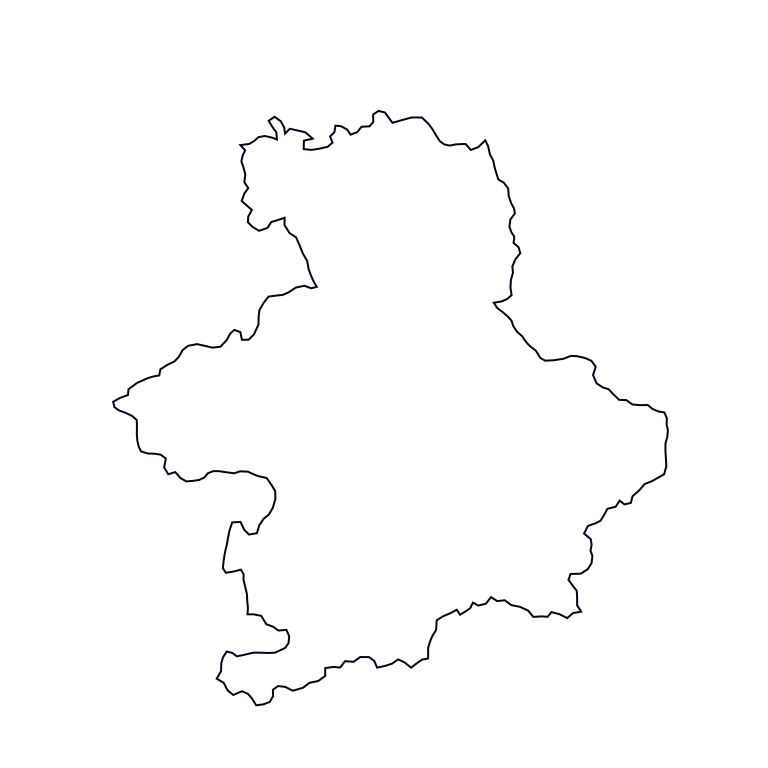 the district of Lavras, Minas Gerais, Brazil, rotated 257°
{"feature_id": "56859067B96133552143909", "entity_name": "Lavras", "entity_type": "district", "adm_level": 2, "iso_a3": "BRA", "parent_name": "Brazil", "parent_adm1": "Minas Gerais", "projection": "orthographic", "projection_center": [-45.035, -21.263], "detail": "fine", "context": "isolated", "style": "outline", "palette": "ink", "viewbox_px": 768, "rotation_deg": 257, "n_neighbors": 0, "source": "geoboundaries", "source_scale": "gbopen_adm2", "svg_char_len": 4483}
<svg xmlns="http://www.w3.org/2000/svg" viewBox="0 0 768 768"><g transform="rotate(257 384 384)"><path d="M268.6,648.1L275.3,650.3L280.6,650.2L287.1,651.9L293.2,650.8L295.4,645.4L299.3,640.0L304.2,636.3L305.8,628.6L308.2,621.4L313.8,616.5L315.7,609.5L322.9,604.9L328.5,601.6L331.4,596.5L336.8,591.3L345.8,589.7L353.1,594.2L360.0,591.3L364.2,585.5L367.4,579.0L369.4,572.6L368.2,564.7L369.0,554.4L370.5,546.2L374.2,542.2L382.4,539.4L387.8,534.9L393.1,531.8L399.4,529.4L405.0,525.4L411.0,523.1L417.2,522.4L422.1,519.7L427.7,515.5L432.6,511.4L438.5,509.3L438.0,516.9L439.1,523.1L441.9,528.3L449.3,528.9L456.4,530.9L463.5,534.7L469.7,535.5L476.0,540.2L480.8,546.2L487.0,545.9L492.3,542.0L498.1,544.1L503.5,542.2L509.1,541.6L515.8,544.1L520.7,549.9L525.9,550.2L531.5,548.6L539.2,547.8L546.6,549.0L553.3,546.0L557.6,541.4L565.2,540.8L571.2,540.5L577.2,540.7L583.7,538.9L592.4,538.9L598.7,537.5L593.6,529.2L592.5,521.3L599.6,517.4L601.3,508.0L601.5,501.8L603.8,496.7L608.1,493.0L614.9,490.6L621.7,488.4L627.4,485.9L635.1,480.9L637.5,470.9L637.1,460.5L636.6,451.0L648.4,445.9L651.3,440.1L649.0,434.0L641.7,432.5L638.3,427.8L639.7,420.0L635.4,414.5L634.5,407.5L640.2,405.3L644.8,400.2L646.7,394.8L640.5,392.3L637.4,387.2L630.7,388.1L627.8,382.5L627.8,374.3L628.4,366.1L630.9,358.6L639.1,360.7L639.1,369.8L647.0,363.9L651.0,355.7L653.9,349.7L650.2,343.9L656.2,344.5L663.2,342.5L669.0,337.5L666.4,330.8L659.2,333.2L653.6,335.7L646.3,334.7L649.4,330.1L652.5,323.5L652.7,317.1L650.0,312.2L648.2,306.7L649.1,297.8L642.9,301.3L638.6,297.8L633.0,295.1L626.8,295.8L619.4,296.0L612.0,293.3L605.4,295.8L601.1,290.9L594.4,286.5L588.1,290.9L583.3,294.5L577.7,289.4L572.3,287.8L566.8,291.1L561.4,296.7L562.3,305.5L567.2,310.6L567.6,317.3L568.3,324.6L561.2,322.8L552.3,325.9L546.7,331.3L538.2,332.9L529.3,334.3L521.4,336.8L512.6,336.4L507.0,337.1L499.6,338.5L493.8,340.4L493.6,334.6L497.6,328.6L497.8,319.8L494.7,311.5L493.6,305.4L494.5,298.1L495.1,291.1L489.9,284.7L483.9,279.2L478.1,277.1L470.1,275.0L461.6,268.5L457.6,262.1L459.0,255.5L466.9,255.7L470.4,250.3L467.6,245.4L462.2,240.6L457.1,233.0L458.0,225.0L461.3,218.4L464.9,210.8L465.3,201.9L462.4,195.5L456.5,190.0L453.1,184.8L451.4,177.2L448.6,169.4L442.9,166.9L443.2,161.2L442.9,155.3L440.6,143.5L436.3,133.8L430.9,132.1L429.8,123.6L427.6,116.1L422.1,116.1L417.9,119.8L414.2,125.5L409.6,131.3L404.5,135.0L398.0,133.7L390.9,131.9L384.1,130.9L378.1,130.9L373.0,132.1L369.4,138.3L367.7,144.7L365.4,150.5L360.5,154.7L352.3,151.0L344.6,153.5L345.1,160.8L338.2,164.5L333.6,169.4L332.6,176.0L332.1,182.2L333.3,187.9L336.7,192.4L337.5,198.2L336.2,203.6L333.5,210.4L330.7,218.0L331.3,224.0L329.3,231.4L323.0,239.9L318.8,248.5L311.2,251.6L304.1,253.9L296.7,252.4L288.5,247.9L282.6,242.4L279.7,236.3L274.3,230.6L267.2,226.6L267.7,218.6L273.4,215.0L281.9,213.1L283.3,205.0L276.0,200.5L269.2,197.4L263.2,194.9L257.8,192.2L252.5,189.8L247.0,187.7L240.7,185.5L235.6,187.5L235.1,195.6L235.3,202.8L230.2,204.4L224.8,203.1L218.1,203.1L210.6,203.2L203.0,201.9L196.2,201.0L190.3,199.2L188.9,205.2L185.7,212.2L176.4,215.3L172.4,221.4L167.5,225.7L166.4,233.6L159.6,234.9L153.0,232.7L149.1,228.4L147.9,222.9L146.7,217.1L148.2,209.7L150.1,202.7L151.6,196.2L151.6,185.6L151.7,179.4L156.1,175.7L158.7,170.6L154.1,165.8L148.7,162.7L140.8,160.6L134.5,154.7L128.9,160.6L120.6,162.7L114.9,167.2L116.6,176.5L112.7,181.7L107.1,184.7L99.7,187.2L99.0,194.6L99.9,201.2L104.8,205.7L111.1,207.0L113.5,212.9L111.1,219.6L105.7,226.1L106.2,236.7L109.6,244.1L109.4,253.1L112.7,261.0L120.4,262.8L119.7,271.1L117.6,277.5L122.7,283.6L120.2,291.9L123.3,299.5L121.3,307.9L116.5,312.2L109.2,313.5L109.1,321.9L109.7,329.0L112.5,335.9L108.2,341.3L101.5,346.6L104.3,352.7L106.9,359.1L106.6,365.2L117.1,367.7L122.7,370.9L127.4,374.3L132.7,379.5L141.9,382.2L144.3,388.9L145.8,397.2L147.7,404.1L142.1,406.2L143.8,411.4L146.1,417.5L151.0,421.5L146.9,426.0L147.0,433.9L152.3,440.3L147.0,445.5L146.1,453.0L139.9,458.3L136.4,466.2L130.8,473.5L123.5,477.1L122.1,485.3L120.4,491.1L124.1,495.8L120.3,503.1L114.7,509.8L118.3,516.8L117.8,524.9L124.9,522.4L132.3,524.1L139.1,525.3L144.4,522.8L151.8,519.7L156.9,523.1L154.9,533.1L157.8,541.0L162.9,546.0L169.7,548.4L175.1,547.7L180.8,550.2L186.4,550.5L193.3,545.3L199.8,550.7L200.7,558.7L202.0,564.1L206.3,568.4L212.1,573.6L212.3,582.1L217.4,587.4L212.6,591.2L212.6,597.7L218.8,601.0L223.1,609.0L227.9,615.4L229.0,623.0L231.1,630.2L233.0,636.6L240.1,640.5L247.2,641.8L255.7,643.2L262.8,644.9L268.6,648.1Z" fill="none" stroke="#020617" stroke-width="2"/></g></svg>